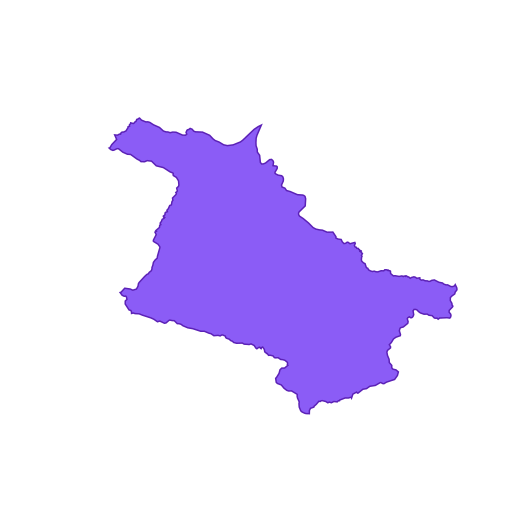 the district of Peñol, Antioquia, Colombia, rotated 319°
{"feature_id": "7082276B19280887364863", "entity_name": "Peñol", "entity_type": "district", "adm_level": 2, "iso_a3": "COL", "parent_name": "Colombia", "parent_adm1": "Antioquia", "projection": "orthographic", "projection_center": [-75.222, 6.241], "detail": "fine", "context": "isolated", "style": "filled", "palette": "violet", "viewbox_px": 512, "rotation_deg": 319, "n_neighbors": 0, "source": "geoboundaries", "source_scale": "gbopen_adm2", "svg_char_len": 6131}
<svg xmlns="http://www.w3.org/2000/svg" viewBox="0 0 512 512"><g transform="rotate(319 256 256)"><path d="M124.4,217.7L125.9,218.4L126.9,220.1L129.9,223.0L131.4,226.0L136.1,233.8L137.4,236.7L138.5,241.0L140.7,242.0L142.8,246.7L144.2,247.5L148.0,247.5L148.9,247.8L150.4,249.8L151.9,251.2L152.2,255.4L153.5,256.6L154.6,258.3L155.1,260.7L157.4,265.4L160.7,269.5L164.9,276.5L167.7,279.0L169.8,283.3L171.1,285.2L171.9,288.5L175.3,291.0L176.5,292.8L178.2,293.1L179.1,293.8L180.3,296.4L179.7,297.5L179.7,298.5L181.2,301.2L181.4,303.2L182.3,305.0L182.4,306.6L184.1,309.1L188.6,312.8L189.2,314.7L191.8,317.3L192.7,318.3L194.6,319.1L195.9,322.3L195.5,325.5L195.8,326.6L198.1,326.8L199.0,327.3L198.8,328.5L199.1,329.3L200.0,328.7L201.3,329.1L201.0,332.0L199.7,334.1L200.1,335.6L199.9,336.4L200.5,336.9L200.3,339.2L201.6,340.2L203.3,342.5L203.2,344.6L203.6,345.4L206.0,347.3L206.7,350.2L208.2,351.8L209.4,353.7L209.9,356.8L209.6,357.6L208.5,358.4L208.4,359.4L204.0,359.3L201.9,357.5L199.5,357.6L196.4,359.7L191.9,361.1L190.6,361.2L188.4,364.6L188.5,366.2L190.5,369.9L190.4,374.2L191.1,377.6L192.1,379.3L194.3,381.1L196.3,387.3L196.2,387.8L195.2,388.6L194.2,390.3L192.9,394.5L191.6,395.6L189.5,398.4L188.2,402.2L188.4,403.9L189.6,406.6L190.4,407.8L192.8,410.0L195.0,407.6L197.2,406.7L200.5,408.0L201.4,407.5L204.1,407.5L208.1,406.9L209.0,407.9L210.2,408.0L211.2,408.7L213.2,411.6L213.9,413.9L215.5,414.4L216.6,416.2L219.3,416.9L221.6,419.4L223.2,419.3L224.1,420.0L224.6,419.6L230.1,421.6L232.6,423.8L234.8,424.8L235.1,425.2L234.9,425.9L238.5,423.8L242.6,424.7L242.6,426.0L243.0,426.4L249.3,426.7L252.4,428.6L256.4,429.0L261.2,432.0L266.5,433.0L267.2,433.4L268.0,435.5L268.8,436.3L271.7,436.8L279.7,440.1L284.3,439.0L287.4,436.9L286.9,433.7L285.2,431.4L285.0,430.3L285.4,429.1L286.7,427.6L286.7,423.9L288.7,421.2L290.0,417.3L291.7,414.4L293.3,413.5L297.2,413.6L298.0,412.8L298.4,410.4L301.3,410.1L305.4,408.8L308.3,409.1L312.6,410.8L313.5,410.1L315.1,406.5L317.3,405.0L318.4,405.1L320.6,406.2L326.3,406.4L327.7,405.4L329.0,402.6L329.9,402.2L331.9,402.5L332.1,403.9L332.7,404.5L333.5,404.8L334.7,404.7L336.5,403.8L338.6,400.4L340.2,400.0L341.6,401.2L342.1,402.3L342.2,404.6L342.7,406.8L344.6,410.1L347.1,412.2L347.6,414.1L349.8,416.6L349.9,419.7L350.4,420.5L351.9,421.7L352.0,423.2L353.9,423.3L354.5,423.8L359.7,427.9L361.5,430.0L363.0,429.7L364.3,428.6L364.8,427.5L364.9,425.0L366.2,423.8L370.8,423.4L371.7,423.0L371.7,421.9L372.8,420.2L373.4,417.1L375.4,414.9L377.6,414.7L381.1,415.0L382.7,413.9L385.1,413.5L385.9,412.9L386.7,411.6L387.6,408.3L386.4,408.7L385.5,408.6L384.0,407.9L383.0,406.8L381.7,403.5L380.4,402.4L379.2,400.2L379.1,398.8L376.8,395.8L374.9,391.1L372.5,389.6L370.7,389.3L369.5,388.3L369.1,387.3L367.4,385.7L366.4,383.6L365.0,382.8L364.5,381.1L365.3,379.9L362.7,378.3L362.4,376.7L361.5,375.3L359.2,374.2L357.8,374.0L357.5,372.0L356.7,371.0L356.6,369.9L356.0,369.2L355.4,369.4L354.7,368.3L353.6,368.1L353.1,366.8L350.6,365.3L348.0,362.1L346.6,361.1L346.1,357.5L347.5,355.7L347.4,355.0L346.7,354.4L346.7,353.6L346.0,353.4L345.9,352.5L344.2,350.9L342.7,351.0L340.7,349.2L337.5,347.9L336.2,346.6L335.3,345.0L333.7,344.1L332.6,342.4L331.9,340.3L332.3,338.5L331.8,337.7L331.8,336.8L333.3,333.3L332.6,331.7L332.4,329.2L333.2,327.8L334.9,326.2L335.8,325.8L336.0,324.7L337.9,324.0L337.8,323.0L338.2,322.2L337.8,321.6L338.7,321.1L338.4,320.6L337.5,320.3L338.3,319.1L337.9,318.3L338.1,317.3L337.1,316.4L337.4,315.1L336.8,314.5L336.8,313.7L337.3,312.5L339.1,311.7L339.5,310.6L335.0,308.4L334.5,306.1L333.9,305.4L331.9,305.2L330.5,304.3L330.4,301.9L331.1,299.4L329.0,297.0L328.1,294.8L329.0,293.9L329.7,288.4L325.3,284.7L323.1,280.1L321.1,278.0L318.8,274.9L317.7,271.9L317.3,265.5L316.2,258.8L315.0,254.4L315.3,252.8L316.3,251.5L317.5,251.0L326.0,250.5L331.0,245.4L332.1,243.2L331.8,241.6L331.2,240.6L327.5,236.9L324.1,229.8L322.0,226.6L322.3,223.7L320.9,221.0L321.8,219.2L325.8,217.3L327.3,215.8L327.8,214.8L328.2,213.7L328.0,212.2L325.7,209.4L324.7,206.8L324.7,205.9L325.4,205.2L329.3,203.9L330.5,202.7L330.5,201.7L328.1,199.0L330.8,196.7L331.3,195.2L331.1,193.3L329.5,192.2L324.2,192.1L321.9,191.3L320.6,190.2L320.7,188.2L324.8,182.4L325.2,178.4L327.0,176.2L328.4,172.8L330.4,170.3L333.4,167.2L335.8,165.6L345.9,160.7L342.6,159.8L337.7,159.2L321.9,159.9L319.1,159.7L311.6,157.1L306.8,153.9L304.5,150.8L302.9,145.8L300.9,142.0L300.4,139.4L300.2,134.5L296.9,127.4L291.7,122.5L290.9,120.8L291.0,118.5L290.0,116.5L288.2,116.4L287.3,115.9L286.5,115.8L284.3,116.8L283.7,118.6L282.1,118.6L279.9,116.6L276.9,110.2L274.4,107.8L272.1,106.6L270.9,104.6L269.5,103.3L268.1,100.9L267.5,95.7L264.7,89.7L263.5,85.5L262.4,83.8L260.8,82.5L258.7,78.3L258.6,75.5L257.3,75.1L256.3,75.2L255.6,74.7L253.6,75.7L252.7,75.4L250.8,75.7L250.3,75.5L248.8,73.3L248.2,73.8L246.5,74.0L245.7,75.1L244.3,74.5L243.5,75.2L239.9,76.3L237.4,75.6L236.2,74.6L234.4,74.6L233.7,75.2L232.9,74.4L230.7,73.9L228.8,71.9L227.3,76.6L220.2,77.3L216.7,78.5L216.0,78.2L216.2,80.3L217.2,82.3L218.2,82.9L221.5,83.8L222.6,84.8L223.6,90.3L225.7,94.8L228.0,97.1L229.8,104.8L230.9,107.5L231.1,109.3L233.8,111.8L236.4,112.6L239.4,115.9L239.9,122.5L244.1,128.5L246.3,136.1L247.7,138.8L247.7,139.4L246.7,140.3L246.4,141.1L247.5,144.5L246.8,148.5L244.4,151.8L243.2,152.6L240.7,152.7L239.3,155.3L238.3,155.6L237.2,155.4L236.9,156.6L236.0,157.1L231.0,157.5L229.8,159.4L228.3,159.8L225.7,161.9L224.0,161.3L220.7,162.8L218.8,163.0L218.2,164.4L216.3,163.7L215.6,163.9L214.3,165.2L212.2,165.1L211.8,166.0L212.4,166.6L212.4,167.1L211.2,167.2L209.2,166.8L207.2,167.9L205.7,168.1L205.1,168.5L204.7,169.9L203.5,169.6L201.9,171.1L197.3,171.1L196.9,171.2L197.0,172.0L195.4,171.7L194.7,174.4L189.2,176.6L188.3,177.3L188.3,178.1L189.8,182.8L189.5,185.8L189.0,186.6L181.5,191.5L180.0,192.8L177.4,192.8L174.4,193.5L172.1,195.3L170.0,196.4L169.0,197.5L167.4,198.4L164.6,198.3L163.2,198.8L161.4,198.3L158.5,198.4L150.5,199.3L149.2,199.7L147.1,201.4L144.1,202.5L140.6,201.0L139.4,198.4L135.8,194.2L130.4,194.8L129.5,194.4L129.2,197.8L130.1,199.9L131.4,200.8L131.3,202.1L130.1,204.1L127.8,204.2L125.8,206.4L124.8,213.4L125.8,215.0L125.4,216.4L124.4,217.7Z" fill="#8b5cf6" stroke="#5b21b6" stroke-width="1.5"/></g></svg>